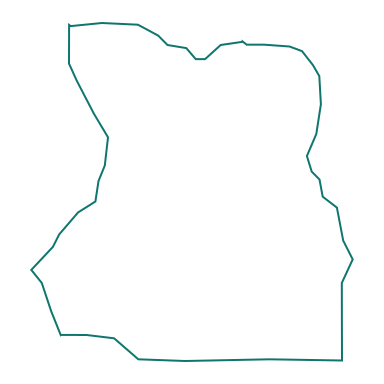 Karlshamn, Blekinge, Sweden (Albers equal-area conic projection)
{"feature_id": "70781695B12582384293132", "entity_name": "Karlshamn", "entity_type": "district", "adm_level": 2, "iso_a3": "SWE", "parent_name": "Sweden", "parent_adm1": "Blekinge", "projection": "albers", "projection_center": [14.872, 56.287], "detail": "fine", "context": "isolated", "style": "outline", "palette": "teal", "viewbox_px": 384, "rotation_deg": 0, "n_neighbors": 0, "source": "geoboundaries", "source_scale": "gbopen_adm2", "svg_char_len": 702}
<svg xmlns="http://www.w3.org/2000/svg" viewBox="0 0 384 384"><path d="M31.3,269.9L41.8,283.0L51.2,311.3L60.7,335.0L60.8,334.9L86.6,335.0L114.1,338.3L138.3,359.3L185.2,361.0L269.3,359.3L342.0,360.5L341.9,322.2L341.8,283.0L352.7,259.4L343.2,240.6L336.9,207.6L322.7,196.7L319.5,179.5L311.7,171.6L306.9,156.0L316.3,134.0L320.9,104.3L319.3,76.1L313.0,65.2L302.0,51.1L289.5,46.5L264.6,44.7L246.7,44.7L242.6,41.5L242.6,41.8L220.7,45.0L205.1,59.1L195.7,59.1L186.3,48.1L167.5,45.0L158.2,35.6L137.9,24.7L101.9,23.0L70.7,26.1L69.1,24.9L69.0,63.6L76.8,80.8L93.9,113.7L108.0,137.3L104.8,165.5L98.5,181.1L95.4,201.5L78.1,212.4L59.2,234.4L52.9,246.9L31.3,269.9Z" fill="none" stroke="#0f766e" stroke-width="2"/></svg>